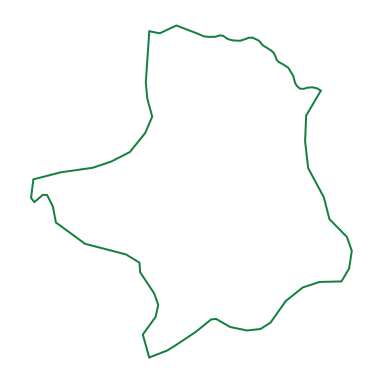 the district of Masis, Ararat, Armenia, rotated 181°
{"feature_id": "60910142B5902615753195", "entity_name": "Masis", "entity_type": "district", "adm_level": 2, "iso_a3": "ARM", "parent_name": "Armenia", "parent_adm1": "Ararat", "projection": "natural_earth1", "projection_center": [44.401, 40.079], "detail": "fine", "context": "isolated", "style": "outline", "palette": "green", "viewbox_px": 384, "rotation_deg": 181, "n_neighbors": 0, "source": "geoboundaries", "source_scale": "gbopen_adm2", "svg_char_len": 1205}
<svg xmlns="http://www.w3.org/2000/svg" viewBox="0 0 384 384"><g transform="rotate(181 192 192)"><path d="M64.9,295.6L69.0,297.9L73.5,298.8L78.2,298.3L82.2,297.1L86.0,297.3L88.9,299.8L90.6,302.3L91.8,306.2L92.8,309.8L95.2,313.7L98.0,318.0L100.9,319.8L103.5,321.4L107.5,323.4L109.7,325.7L110.9,328.9L112.6,332.5L115.4,334.8L119.7,337.5L123.8,339.9L127.8,344.5L131.4,346.1L134.0,347.4L137.8,347.2L140.9,346.0L146.3,344.1L149.6,344.1L153.9,344.3L156.9,345.0L157.7,345.2L160.3,346.3L163.4,348.6L166.5,349.2L171.4,347.6L177.8,347.4L182.8,347.8L187.1,349.6L190.4,350.9L196.5,353.1L210.5,358.2L227.1,350.1L237.5,352.0L240.1,300.7L238.3,284.5L233.1,266.7L239.7,250.4L254.8,230.9L273.2,221.1L291.7,214.5L323.6,209.4L350.8,201.9L352.0,191.3L352.8,183.2L349.4,179.2L341.1,186.5L336.9,186.5L330.9,175.2L327.5,159.1L298.0,138.3L256.8,128.4L243.3,120.4L242.4,110.8L228.0,89.9L223.8,78.6L226.2,66.5L238.7,48.6L231.9,25.8L214.0,33.1L205.9,38.3L185.8,52.2L170.8,64.8L165.8,65.6L151.5,57.7L134.7,54.5L121.2,56.2L111.2,62.8L96.3,84.7L79.6,98.5L62.9,104.3L41.0,105.2L33.6,118.2L31.2,136.0L36.3,149.7L54.1,167.3L60.1,189.0L76.3,218.0L79.8,244.6L79.2,270.4L64.9,295.6Z" fill="none" stroke="#15803d" stroke-width="2"/></g></svg>